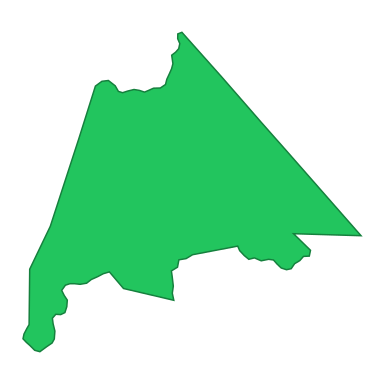 the district of General Sampaio, Ceará, Brazil
{"feature_id": "56859067B86907470602863", "entity_name": "General Sampaio", "entity_type": "district", "adm_level": 2, "iso_a3": "BRA", "parent_name": "Brazil", "parent_adm1": "Ceará", "projection": "robinson", "projection_center": [-39.467, -4.064], "detail": "fine", "context": "isolated", "style": "filled", "palette": "green", "viewbox_px": 384, "rotation_deg": 0, "n_neighbors": 0, "source": "geoboundaries", "source_scale": "gbopen_adm2", "svg_char_len": 1175}
<svg xmlns="http://www.w3.org/2000/svg" viewBox="0 0 384 384"><path d="M122.6,92.7L118.4,91.4L115.2,85.8L108.4,80.5L101.9,81.3L95.4,86.1L93.5,92.2L78.7,139.1L50.3,226.3L29.7,269.2L29.1,324.6L26.8,328.6L24.0,334.0L23.0,338.8L26.4,342.4L29.8,345.4L34.7,350.3L39.9,351.7L46.8,346.6L52.1,343.0L54.3,339.0L54.9,331.1L53.1,323.7L52.4,318.2L55.8,314.3L60.7,314.6L64.9,312.6L66.8,306.7L67.3,300.1L64.3,295.6L61.7,290.4L65.4,285.2L69.9,283.7L74.5,283.7L80.1,284.3L86.6,283.2L91.3,279.5L97.8,276.6L103.3,273.7L109.4,271.9L123.5,288.5L173.8,300.3L172.3,293.2L173.3,286.1L172.2,276.6L171.4,270.9L177.5,267.2L178.9,259.8L186.1,258.6L192.6,254.7L237.7,246.1L239.7,250.7L244.3,255.6L248.8,259.3L254.4,257.9L261.2,260.8L268.6,259.3L273.5,260.0L277.2,264.2L281.2,268.0L286.5,269.7L291.2,268.7L294.6,263.7L299.8,260.6L303.5,256.4L309.3,256.1L310.5,250.3L293.5,233.7L361.0,235.7L287.5,152.0L261.4,122.5L222.1,77.4L181.9,32.3L177.8,33.9L177.7,38.7L179.8,43.6L178.7,48.7L175.6,52.2L171.7,55.2L172.9,63.7L171.6,68.7L169.4,73.7L166.8,79.3L165.5,84.5L160.3,88.0L153.5,88.2L148.6,90.4L144.5,92.1L139.4,90.4L134.0,89.5L127.5,91.1L122.6,92.7Z" fill="#22c55e" stroke="#15803d" stroke-width="1.5"/></svg>